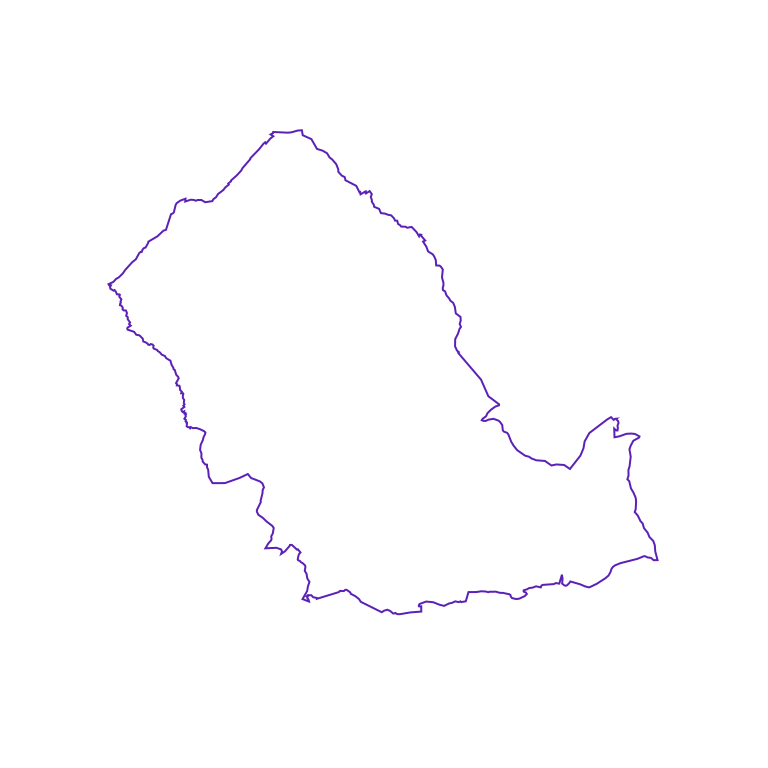 the district of Slanic, Prahova, Romania, rotated 155°
{"feature_id": "2599482B89499575476791", "entity_name": "Slanic", "entity_type": "district", "adm_level": 2, "iso_a3": "ROU", "parent_name": "Romania", "parent_adm1": "Prahova", "projection": "robinson", "projection_center": [25.946, 45.239], "detail": "fine", "context": "isolated", "style": "outline", "palette": "violet", "viewbox_px": 768, "rotation_deg": 155, "n_neighbors": 0, "source": "geoboundaries", "source_scale": "gbopen_adm2", "svg_char_len": 6166}
<svg xmlns="http://www.w3.org/2000/svg" viewBox="0 0 768 768"><g transform="rotate(155 384 384)"><path d="M537.4,612.6L538.0,611.6L542.5,608.4L543.8,608.7L545.8,608.0L547.8,606.1L548.4,606.6L550.5,606.1L556.2,601.9L560.7,600.8L570.2,596.8L574.2,594.5L579.4,592.7L582.4,592.5L586.1,590.9L591.5,590.9L591.4,589.7L589.8,588.8L591.4,587.6L591.7,586.0L589.7,582.9L588.5,583.0L588.0,580.7L588.2,578.2L585.8,576.9L585.7,576.4L586.8,575.4L587.0,574.5L586.2,571.8L587.9,570.2L588.1,568.9L589.1,568.4L590.0,567.0L589.0,566.2L588.6,564.3L588.6,563.3L589.4,562.1L588.8,560.7L586.8,559.7L587.0,556.9L588.8,554.8L588.0,552.7L588.9,551.0L588.1,547.1L589.7,546.1L588.9,543.9L592.5,543.5L593.2,542.9L593.4,541.6L588.4,536.9L587.7,533.3L585.1,531.5L583.5,527.1L584.2,524.3L582.2,522.2L581.2,520.5L581.2,519.5L579.9,518.4L578.6,518.8L577.1,517.6L576.6,516.2L577.8,514.4L577.7,513.4L575.2,510.7L575.1,509.4L573.9,507.7L573.0,504.5L570.8,502.0L570.4,499.3L567.7,495.3L568.4,491.2L568.1,487.5L568.5,486.4L567.7,485.0L568.4,480.3L567.6,477.6L567.6,476.0L572.1,472.7L571.7,471.4L572.4,470.3L570.2,468.9L570.1,468.3L571.3,464.8L570.5,462.4L571.7,461.3L570.0,460.4L570.0,459.9L571.2,458.5L572.2,456.3L571.8,454.1L573.5,451.3L573.4,449.8L575.0,449.2L574.6,447.6L578.4,446.8L578.7,445.2L578.3,443.7L576.6,443.7L577.4,442.4L576.3,441.6L577.1,440.9L576.3,440.2L577.1,439.5L577.3,438.4L579.6,436.9L578.7,435.2L579.6,434.0L579.0,433.1L579.4,432.4L579.0,432.0L580.7,429.0L580.0,427.8L578.8,427.1L578.5,425.9L577.4,426.7L576.0,424.8L572.7,423.5L569.6,420.5L567.1,417.4L566.3,415.6L567.3,414.2L570.1,412.0L571.7,409.9L575.9,406.3L578.6,401.9L578.7,398.5L580.7,394.3L580.5,392.1L581.1,390.2L580.0,386.6L578.5,385.7L579.6,383.3L579.6,380.6L582.0,373.9L581.3,366.6L570.0,361.4L554.5,359.9L545.5,360.0L544.2,355.0L537.6,348.1L536.2,345.3L536.5,341.0L538.6,339.4L540.4,336.2L545.2,330.3L545.5,329.1L552.6,323.4L553.2,321.8L553.1,318.5L550.4,313.9L548.6,309.2L545.2,302.6L544.8,300.1L548.0,295.5L550.6,293.6L551.4,291.1L552.2,290.1L556.4,288.3L560.9,285.2L550.7,281.0L547.2,277.6L547.2,275.4L549.0,273.5L544.5,274.2L538.0,277.1L537.2,277.9L535.5,277.1L532.8,270.6L532.0,270.6L530.9,266.9L530.9,266.5L532.3,266.1L534.0,264.7L536.4,261.4L536.3,260.5L535.0,259.2L534.7,257.8L533.3,255.8L532.2,252.8L532.5,251.5L534.8,248.1L534.4,244.8L535.7,240.0L535.2,236.1L538.5,232.7L541.1,228.9L548.7,223.5L543.9,218.5L543.5,220.4L544.0,222.7L542.6,223.9L543.4,224.4L542.2,224.8L539.1,223.2L538.3,220.7L535.3,218.5L535.7,217.7L513.0,214.5L511.3,215.1L507.9,213.3L506.1,213.8L504.8,213.2L502.6,209.3L502.8,207.9L499.6,203.8L497.5,199.5L497.1,196.4L482.5,178.1L479.7,178.5L476.3,178.0L474.4,175.8L472.6,172.0L470.3,171.6L470.1,170.8L468.6,169.4L466.3,168.5L456.5,165.8L446.4,162.0L444.2,166.8L446.2,167.6L446.3,168.2L445.4,169.2L444.7,169.6L437.7,169.0L431.6,165.4L426.9,160.4L423.3,157.5L417.8,157.6L414.9,156.9L411.3,156.9L408.4,154.7L406.6,154.7L406.2,153.7L401.7,152.5L395.4,159.7L387.9,156.3L383.6,155.1L379.6,153.0L377.4,151.2L376.1,151.1L370.4,148.5L367.3,145.8L364.6,144.5L359.2,140.4L358.6,139.6L358.9,137.8L358.4,135.8L355.0,133.2L352.2,132.3L346.0,132.3L343.3,133.3L343.6,135.2L344.9,136.4L345.0,137.4L344.6,138.0L341.3,137.5L338.8,137.7L335.1,136.6L331.7,136.4L327.9,133.4L326.4,134.8L324.9,134.8L314.7,130.9L312.5,131.0L309.5,129.0L303.3,136.0L304.5,132.0L306.9,127.8L305.6,125.2L304.5,124.3L303.3,124.2L300.3,125.2L298.6,126.3L291.0,119.7L287.4,115.7L284.7,113.4L283.4,112.9L275.6,113.0L265.4,114.4L261.5,115.5L258.4,117.7L255.8,120.4L254.0,121.4L251.2,122.0L245.4,121.7L228.0,118.4L221.2,118.1L219.9,117.3L218.4,115.4L215.5,113.6L214.1,110.4L210.5,108.8L208.9,117.7L206.7,123.5L206.3,128.0L208.1,133.2L207.9,137.9L209.3,143.6L208.5,148.4L209.5,151.2L209.6,157.6L210.9,162.0L208.9,164.0L205.3,170.7L204.0,174.4L203.8,179.9L204.3,185.0L202.8,192.3L203.7,194.8L201.1,197.6L198.8,202.8L196.3,205.5L191.1,213.9L189.1,221.2L186.5,223.8L182.0,227.2L175.7,227.6L174.6,228.5L177.7,232.7L181.1,234.7L185.4,236.4L192.7,237.1L197.6,238.3L194.2,246.3L193.2,243.8L192.0,243.2L190.5,245.6L190.1,247.4L187.9,249.6L187.5,251.4L188.5,254.2L188.0,254.3L189.4,254.8L191.0,254.4L192.2,258.0L196.4,257.6L218.6,252.8L226.4,247.2L230.4,241.4L236.2,236.1L251.4,228.4L255.0,234.5L261.7,238.2L266.7,239.4L270.6,246.2L278.2,250.5L281.8,254.2L283.2,256.7L286.4,259.4L291.2,267.6L292.6,273.3L293.1,277.8L292.6,285.9L293.1,287.8L295.5,290.2L295.9,291.8L294.2,296.8L294.8,300.2L295.6,302.3L299.5,306.2L304.2,307.5L307.6,307.6L309.7,308.7L310.7,309.9L309.3,310.8L305.2,311.6L302.4,313.9L297.8,315.5L292.6,316.5L288.8,316.1L288.3,317.0L294.6,328.8L294.2,346.9L303.6,380.8L302.7,381.2L303.7,383.4L303.7,388.1L300.5,394.6L295.6,398.4L292.3,402.0L290.1,403.2L290.0,406.5L287.7,409.0L286.3,412.5L289.1,417.6L287.2,423.9L287.0,428.2L288.7,431.7L288.8,434.1L289.9,437.9L289.5,442.1L290.9,444.2L290.0,446.5L288.7,447.9L287.4,450.4L286.4,456.1L282.3,462.9L282.9,466.3L283.6,467.8L286.6,469.4L284.7,474.4L284.6,478.4L285.0,480.9L288.0,485.5L287.6,490.4L288.4,496.6L286.0,496.6L287.7,502.6L287.1,503.4L288.3,504.3L289.8,503.0L290.3,507.9L292.6,514.7L296.9,515.8L298.1,517.5L301.9,519.4L302.2,520.9L303.6,523.1L303.0,526.4L304.9,527.4L304.9,529.8L306.2,533.8L309.1,535.9L310.8,537.8L314.6,540.2L314.4,544.8L318.0,548.7L317.5,550.9L318.0,554.5L317.2,555.8L317.0,559.0L314.8,561.3L315.5,564.9L319.9,564.3L320.0,564.8L319.1,566.3L319.5,566.4L325.1,565.8L324.5,568.1L325.2,568.1L325.4,575.3L332.8,584.9L332.2,588.2L334.2,590.7L335.7,595.5L334.7,598.1L334.4,603.3L336.1,609.5L337.6,612.3L338.1,617.2L341.0,621.4L345.4,625.4L346.3,636.6L352.5,643.8L351.2,648.7L355.2,650.2L361.5,651.2L364.9,652.4L377.9,659.2L378.5,658.3L381.3,658.1L379.6,655.3L383.3,654.5L389.3,651.7L389.5,653.3L391.7,652.7L397.9,649.6L409.9,645.0L410.2,644.3L421.1,639.4L423.2,637.8L429.5,635.2L436.6,633.1L437.0,632.4L440.5,631.5L440.4,630.3L444.8,629.2L447.7,627.7L454.2,626.3L457.2,624.3L460.5,623.6L462.3,622.3L469.2,624.3L471.7,627.9L475.0,629.5L477.3,629.7L478.4,631.1L481.3,632.7L487.0,633.4L485.6,635.8L491.1,636.3L495.5,635.5L497.2,634.3L501.9,628.4L503.5,627.8L505.3,627.9L516.5,615.8L519.1,616.2L526.9,613.6L537.4,612.6Z" fill="none" stroke="#5b21b6" stroke-width="2"/></g></svg>